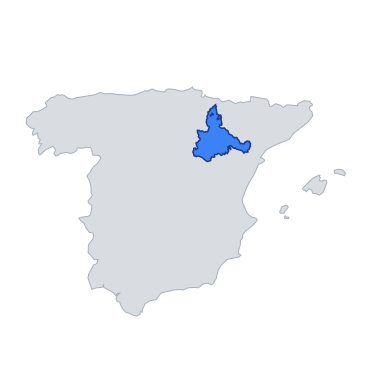 Spain, with Zaragoza highlighted, rotated 352°
{"feature_id": "ESP-5853", "entity_name": "Zaragoza", "entity_type": "Autonomous Community", "adm_level": 1, "iso_a3": "ESP", "parent_name": "Spain", "parent_adm1": "", "projection": "mercator", "projection_center": [-1.121, 41.843], "detail": "fine", "context": "in_parent", "style": "filled", "palette": "blue", "viewbox_px": 384, "rotation_deg": 352, "n_neighbors": 0, "source": "natural_earth", "source_scale": "10m", "svg_char_len": 9208}
<svg xmlns="http://www.w3.org/2000/svg" viewBox="0 0 384 384"><g transform="rotate(352 192 192)"><path d="M207.2,88.1L207.2,89.2L209.0,91.2L214.5,92.5L215.9,93.3L215.7,96.2L214.3,98.6L215.5,99.7L216.8,99.6L218.4,97.7L218.8,99.0L221.3,100.2L226.8,102.4L230.7,102.7L234.7,107.1L241.3,106.2L247.1,110.5L252.7,109.5L253.9,110.4L262.5,110.5L262.9,107.0L264.0,105.6L278.8,110.4L280.6,113.4L280.3,114.8L281.1,118.3L283.0,118.1L287.0,116.2L292.0,118.6L293.4,120.7L294.4,120.9L298.2,118.8L308.5,121.3L308.9,119.6L309.7,119.2L314.0,117.7L315.8,117.3L321.3,118.5L321.9,120.4L323.0,121.2L323.5,122.8L320.3,123.8L319.9,126.7L321.9,129.2L322.1,133.4L316.6,138.9L300.8,148.0L295.5,153.5L283.8,156.2L271.6,160.3L264.4,167.5L266.2,168.1L268.4,170.5L267.7,171.6L264.5,173.3L261.7,173.8L256.4,182.6L249.1,191.7L246.4,195.8L240.6,206.4L240.6,209.4L243.4,219.8L245.0,222.6L247.3,224.9L251.6,226.8L252.7,228.7L251.2,230.6L246.9,233.8L239.4,238.2L236.2,241.6L235.5,244.9L233.3,246.4L232.5,251.0L229.5,257.5L229.3,259.1L231.6,261.5L229.3,262.9L217.8,263.5L210.7,268.5L207.1,272.9L203.9,281.1L199.9,285.9L198.2,286.8L195.5,284.7L192.2,284.4L188.9,285.1L187.2,286.7L184.5,287.7L181.9,286.9L176.3,286.4L173.8,286.5L169.9,287.9L166.5,287.0L160.8,286.5L148.5,287.6L147.0,288.1L141.5,293.6L135.6,293.7L130.2,295.9L126.6,301.2L125.9,304.1L124.8,303.4L124.0,303.6L123.6,305.8L119.9,307.2L115.7,305.4L112.2,302.8L110.4,302.6L107.4,298.5L106.2,295.8L105.3,293.0L105.2,291.0L102.6,289.9L101.9,287.3L103.8,283.9L106.4,282.0L104.0,282.1L102.3,284.3L100.1,280.8L91.2,274.0L91.6,271.6L90.1,273.4L89.1,273.9L84.5,273.6L79.3,274.4L77.0,262.8L78.4,258.7L84.3,250.6L88.0,249.5L89.5,245.4L86.1,245.6L80.7,237.5L82.1,230.0L87.5,224.4L88.4,222.1L88.6,220.0L87.5,218.5L84.6,217.7L81.6,211.7L80.9,208.0L78.4,205.9L76.3,202.2L78.2,201.6L85.8,201.6L87.7,200.6L89.1,198.1L90.5,194.0L90.9,191.5L87.9,187.9L87.8,187.1L88.2,185.9L92.9,181.9L91.9,178.9L92.7,172.6L92.3,168.9L91.8,165.8L90.2,161.9L91.2,160.3L93.6,158.9L95.6,155.7L98.4,153.0L102.1,150.8L106.5,146.0L105.8,143.9L104.3,142.7L99.0,141.7L98.6,140.8L98.6,135.6L97.2,133.5L95.3,133.7L92.3,132.8L91.6,133.4L87.8,133.2L85.2,132.3L84.1,133.1L83.7,134.9L79.3,136.8L76.8,136.8L72.7,135.1L68.1,135.7L67.5,135.3L63.6,137.4L62.3,137.5L60.6,134.9L62.8,131.2L60.9,127.6L59.7,127.5L52.3,130.1L48.0,133.5L46.3,134.0L45.7,133.4L45.5,128.5L50.0,123.3L47.1,123.0L47.3,121.4L49.1,119.1L47.2,117.3L47.2,112.0L43.2,113.7L42.2,113.4L42.1,111.3L44.6,107.1L42.0,106.6L40.0,105.0L37.6,101.5L37.6,99.7L38.9,95.4L42.4,93.4L45.8,90.4L50.6,90.9L57.6,88.4L60.1,87.1L60.0,85.3L59.1,83.9L59.9,82.7L65.6,79.0L69.1,78.7L72.6,76.8L75.0,78.0L77.0,77.6L79.4,79.0L82.6,82.2L87.1,83.5L90.8,82.5L109.5,82.2L114.8,80.6L118.9,82.6L126.9,83.5L131.7,85.1L145.0,87.8L149.8,87.8L159.4,85.2L162.1,85.9L165.9,84.6L167.8,84.8L170.2,86.7L178.7,89.2L180.9,87.1L182.5,86.6L188.7,87.9L194.8,90.6L198.0,90.8L202.7,90.0L207.2,88.1ZM319.8,198.4L322.0,199.4L324.3,198.5L325.5,198.8L326.7,199.2L327.0,201.1L322.0,210.3L318.1,212.8L314.2,210.8L311.9,210.4L311.2,209.6L310.7,206.7L309.6,205.7L308.1,205.3L305.1,207.6L304.1,206.1L302.7,205.8L302.1,204.8L302.1,203.6L311.6,196.5L314.3,194.9L320.1,193.0L321.0,193.3L320.2,194.4L321.0,195.4L319.8,198.4ZM346.4,194.6L345.5,197.2L338.5,193.8L336.2,193.4L335.7,192.8L335.9,190.3L340.6,189.9L344.4,191.2L346.4,194.6ZM281.0,224.1L280.2,225.9L276.7,225.2L276.0,224.5L276.7,222.5L277.7,222.2L277.8,220.8L278.8,219.3L283.7,218.1L284.8,219.1L285.1,220.5L282.1,223.7L281.0,224.1ZM284.4,231.3L283.9,231.7L280.1,231.3L280.0,230.1L280.8,228.5L282.2,230.1L284.4,230.4L284.4,231.3Z" fill="#d9dde1" stroke="#a8b0b8" stroke-width="1"/><path d="M223.6,111.8L224.0,111.8L224.3,111.7L224.5,111.1L224.5,110.9L224.5,110.7L224.6,110.4L225.8,110.0L226.1,109.8L226.4,109.6L227.0,109.0L227.5,108.8L227.3,109.7L227.4,109.9L228.0,110.5L228.0,110.8L227.9,111.1L227.7,111.2L227.2,111.4L227.1,111.5L227.0,111.8L227.5,112.8L227.6,116.5L227.8,117.2L227.8,117.4L227.8,117.6L227.5,118.2L227.5,118.3L228.9,119.2L229.0,119.8L229.1,120.0L229.0,120.4L227.1,123.4L227.0,123.7L227.2,123.9L227.5,124.1L227.9,123.9L228.1,123.3L228.2,123.1L228.4,123.0L228.7,123.0L228.9,123.1L229.2,123.3L229.3,123.3L229.5,123.3L229.7,123.1L230.5,121.1L230.5,120.8L230.2,120.0L230.2,119.8L230.3,119.7L230.9,119.7L231.0,119.7L231.1,119.9L231.2,120.2L231.2,121.2L231.4,122.2L231.4,122.6L231.3,122.8L231.0,123.3L230.8,123.8L231.1,128.6L231.0,129.1L230.9,129.5L230.6,129.9L230.3,130.0L230.1,129.9L229.7,129.4L229.4,129.2L229.2,129.2L228.9,129.4L228.7,129.5L228.6,129.9L228.3,130.9L228.4,131.4L228.6,131.8L230.3,133.0L232.9,133.1L233.2,133.4L234.2,135.2L235.5,135.8L235.8,136.2L236.1,136.6L236.6,139.2L236.7,139.6L236.9,139.8L239.4,141.4L239.6,141.6L240.1,142.8L240.2,143.0L240.9,143.3L242.2,144.6L242.5,144.7L243.3,144.1L243.6,144.1L243.8,144.2L244.1,144.5L244.3,144.9L244.6,146.1L245.4,147.1L245.7,147.8L246.5,150.9L247.3,150.6L247.7,150.6L248.1,150.8L248.4,151.2L248.5,151.3L250.5,151.5L251.0,150.4L251.8,149.8L252.2,150.2L253.1,149.9L253.6,149.2L255.8,149.9L255.5,150.3L255.5,151.0L256.1,151.2L256.4,151.5L256.6,151.9L256.7,152.4L256.1,153.7L256.2,154.4L256.3,155.1L256.2,155.2L256.0,155.3L255.7,155.5L255.4,155.7L255.2,155.9L255.1,156.1L255.1,156.4L255.1,156.6L254.9,157.2L254.8,157.4L254.6,157.5L254.4,157.6L254.0,157.7L253.8,157.9L253.7,158.0L253.4,158.2L253.2,158.2L252.9,158.4L252.8,158.5L252.8,158.8L252.8,159.0L252.8,159.5L253.0,160.0L251.9,160.2L251.3,160.1L250.8,159.9L249.7,159.8L249.4,160.0L249.1,160.6L248.6,160.5L247.7,158.5L247.3,158.1L242.0,155.7L240.9,154.4L240.4,154.9L238.8,153.9L238.3,153.2L238.0,152.7L237.9,152.5L237.5,152.5L237.3,152.4L237.1,151.7L236.8,151.4L235.5,151.5L235.3,151.7L235.2,152.0L235.3,152.3L236.2,153.8L236.5,154.6L236.5,154.8L236.4,155.0L236.3,155.3L236.1,155.3L235.9,155.1L234.4,152.5L234.2,152.3L233.7,152.5L233.7,152.8L233.8,154.7L233.4,155.0L234.2,156.4L232.3,158.8L231.2,157.4L231.0,157.2L230.7,157.3L230.5,157.6L230.0,159.1L229.8,159.3L229.5,159.4L229.3,159.4L227.9,158.2L226.7,159.7L226.5,159.8L226.3,159.8L225.5,159.4L225.4,159.2L225.3,158.7L223.3,157.3L223.0,157.3L222.9,157.4L222.8,157.5L222.5,158.0L221.7,158.5L220.4,158.0L219.9,158.0L219.7,158.1L219.5,158.3L219.2,158.9L219.2,159.1L219.3,159.4L219.4,159.7L219.5,160.0L219.4,160.3L219.1,160.5L217.8,160.5L217.1,160.0L216.9,160.0L216.6,160.0L216.3,160.0L216.1,160.2L216.0,160.5L215.8,161.0L215.7,161.2L215.5,161.3L215.0,161.5L214.8,161.7L214.9,162.1L215.1,162.7L215.0,163.1L214.9,163.4L214.7,163.6L214.0,163.5L213.3,163.6L212.6,163.9L211.1,163.8L210.3,163.1L209.8,162.4L208.6,161.4L208.3,161.0L208.1,160.8L208.0,160.6L207.9,160.4L207.8,160.2L206.7,159.2L205.9,158.8L205.0,158.1L204.4,157.8L204.1,157.6L203.9,157.4L203.7,157.2L203.1,157.0L201.3,157.6L201.1,157.4L200.6,157.0L200.2,156.8L199.5,156.7L199.3,156.7L199.2,156.5L199.1,156.3L199.0,155.2L198.9,154.0L198.8,153.8L198.5,153.2L198.6,152.2L198.7,151.7L198.8,151.5L199.0,151.4L199.3,151.2L199.6,150.8L199.7,150.1L199.8,149.3L199.8,149.1L200.0,148.9L200.9,148.9L201.3,149.0L201.5,149.1L201.6,149.3L201.6,149.5L201.6,150.2L201.6,150.4L201.8,150.5L202.0,150.5L202.2,150.4L202.6,150.1L203.0,149.9L203.4,149.8L203.6,149.7L203.6,148.3L203.5,148.0L203.4,147.8L203.2,147.6L203.1,147.3L203.0,146.8L203.0,145.7L202.9,144.9L202.8,144.7L202.7,144.5L202.7,144.3L202.8,144.1L203.1,143.8L203.3,143.7L204.0,143.9L204.4,143.7L204.9,143.1L205.3,142.8L205.6,142.6L205.8,142.4L206.0,142.2L206.3,142.2L206.5,142.2L206.9,141.8L207.1,141.3L207.2,141.0L207.3,140.7L207.4,140.3L207.1,140.0L207.0,139.9L206.9,139.8L206.8,139.5L206.6,139.1L206.2,138.6L206.1,138.4L206.0,138.1L206.1,137.9L206.3,137.4L206.5,137.2L206.6,136.8L206.7,136.5L206.7,136.3L206.2,135.6L205.9,134.6L205.7,133.1L206.0,132.4L205.9,131.7L206.1,131.7L206.5,131.9L207.6,131.9L207.8,132.0L208.0,132.1L208.1,132.3L208.4,132.7L208.6,132.8L208.8,132.9L209.2,133.1L209.5,133.2L210.1,132.9L210.3,132.9L210.7,133.0L211.1,133.2L211.3,133.4L211.4,133.5L211.7,133.9L211.8,134.0L212.2,134.3L212.6,134.4L213.0,134.5L213.5,134.4L213.8,134.2L214.1,134.1L214.3,134.1L214.9,134.3L215.1,134.4L215.7,134.5L215.8,134.5L216.0,134.3L216.1,134.0L216.3,133.8L216.6,133.5L216.6,133.2L216.7,132.9L217.1,132.2L217.5,131.5L217.9,130.9L218.1,130.6L218.2,130.1L218.1,129.8L217.9,129.7L217.7,129.7L217.3,129.5L217.0,129.1L217.0,128.9L216.8,128.5L216.5,128.2L216.3,128.0L216.3,127.8L216.3,127.4L216.2,126.3L216.2,126.0L215.9,125.7L215.8,125.4L215.8,125.2L216.1,123.9L216.3,123.4L216.3,123.2L216.5,122.5L217.0,121.8L217.7,121.0L217.7,120.7L217.6,120.4L217.4,120.3L217.3,120.1L217.3,119.8L217.4,119.5L217.5,119.0L218.0,118.2L218.6,117.6L218.9,117.0L219.1,116.7L218.8,116.0L218.8,115.8L218.9,115.6L218.9,115.3L219.1,115.0L219.2,114.8L219.4,114.7L219.7,114.7L220.1,114.8L220.3,114.8L220.6,114.5L220.7,114.3L220.8,114.0L221.1,113.7L221.6,113.4L221.8,113.2L221.4,112.9L221.7,112.7L221.8,112.3L221.8,112.1L222.0,112.0L223.3,111.8L223.6,111.8ZM223.6,118.4L223.8,118.3L223.8,118.0L223.3,117.6L223.1,117.5L223.1,117.1L223.0,116.9L222.9,116.9L222.7,116.9L222.5,117.2L222.2,117.7L222.2,118.0L222.5,118.2L222.8,118.3L223.6,118.4ZM220.9,119.3L221.3,119.3L221.5,119.1L221.7,118.6L221.7,118.3L221.5,118.2L221.3,118.3L221.0,118.5L220.9,118.7L220.8,119.1L220.9,119.3Z" fill="#3b82f6" stroke="#1e3a8a" stroke-width="1.5"/></g></svg>